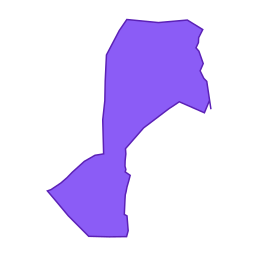 the district of Barh-El-Gazel Sud, Barh El Gazel, Chad, rotated 267°
{"feature_id": "50815135B11223303174297", "entity_name": "Barh-El-Gazel Sud", "entity_type": "district", "adm_level": 2, "iso_a3": "TCD", "parent_name": "Chad", "parent_adm1": "Barh El Gazel", "projection": "albers", "projection_center": [16.372, 13.697], "detail": "fine", "context": "isolated", "style": "filled", "palette": "violet", "viewbox_px": 256, "rotation_deg": 267, "n_neighbors": 0, "source": "geoboundaries", "source_scale": "gbopen_adm2", "svg_char_len": 806}
<svg xmlns="http://www.w3.org/2000/svg" viewBox="0 0 256 256"><g transform="rotate(267 128 128)"><path d="M236.4,132.5L225.8,124.4L202.1,110.3L176.1,107.7L156.6,106.3L137.5,103.2L103.5,102.3L103.5,102.2L103.2,100.4L102.5,93.6L97.0,82.7L96.6,82.2L86.7,70.0L81.5,64.4L76.6,58.1L70.5,47.9L69.4,44.2L59.8,51.5L43.4,63.8L21.9,83.1L20.3,103.6L19.6,120.9L25.4,122.8L40.3,122.4L41.9,119.8L49.1,120.5L56.3,121.2L61.5,121.8L64.3,122.7L69.2,123.9L75.2,126.0L80.6,127.7L84.3,122.9L86.7,123.7L90.0,123.0L95.3,123.4L102.2,124.5L107.5,124.4L127.3,143.6L145.1,169.8L151.5,180.6L139.2,205.1L151.4,210.9L142.4,211.8L170.4,209.1L173.6,206.3L181.3,203.0L188.4,206.5L201.0,202.8L204.5,200.1L209.6,202.8L214.5,203.3L222.4,207.8L232.7,192.9L231.7,163.9L236.4,132.5Z" fill="#8b5cf6" stroke="#5b21b6" stroke-width="1.5"/></g></svg>